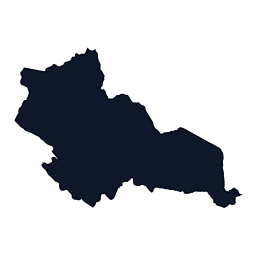 outline of Piraí do Sul, Paraná, Brazil
{"feature_id": "56859067B71584283665697", "entity_name": "Piraí do Sul", "entity_type": "district", "adm_level": 2, "iso_a3": "BRA", "parent_name": "Brazil", "parent_adm1": "Paraná", "projection": "orthographic", "projection_center": [-49.926, -24.444], "detail": "fine", "context": "isolated", "style": "filled", "palette": "ink", "viewbox_px": 256, "rotation_deg": 0, "n_neighbors": 0, "source": "geoboundaries", "source_scale": "gbopen_adm2", "svg_char_len": 4933}
<svg xmlns="http://www.w3.org/2000/svg" viewBox="0 0 256 256"><path d="M24.2,68.3L23.8,69.4L23.1,70.5L21.6,72.1L21.0,73.1L21.3,74.8L22.4,76.6L22.6,77.7L21.8,79.1L20.9,81.3L21.1,83.0L21.6,84.1L23.6,84.9L25.5,85.9L26.9,86.2L28.0,87.5L28.8,89.8L29.5,92.4L29.1,94.9L28.7,96.3L27.9,97.7L27.3,98.7L27.2,100.5L25.1,100.8L24.1,101.4L23.1,103.3L22.5,105.0L22.1,106.2L21.5,107.1L19.7,108.7L19.3,109.8L19.1,111.4L19.3,113.0L18.4,114.3L17.3,116.1L16.5,118.2L15.6,119.5L15.4,120.9L16.7,121.4L17.3,122.7L18.6,123.7L20.4,125.8L21.4,126.7L22.8,127.6L24.1,128.3L25.2,129.6L26.0,130.4L27.3,130.6L28.4,131.2L29.5,131.7L31.4,132.3L32.5,132.7L34.1,133.7L35.9,134.6L37.5,135.5L39.3,136.1L40.5,137.5L41.7,139.0L43.2,139.6L44.6,141.2L46.3,142.6L47.5,143.6L49.6,144.6L52.2,145.4L53.6,146.5L54.1,147.9L54.0,149.5L52.6,151.4L54.9,154.2L56.5,156.1L59.2,159.4L57.7,160.1L56.7,159.7L55.0,158.0L54.0,157.5L52.9,157.8L52.1,158.7L52.8,160.5L53.3,162.1L51.6,162.8L48.2,164.9L46.4,164.2L44.4,163.2L43.4,163.2L43.8,164.2L42.2,164.8L42.7,166.3L44.2,168.0L45.4,169.0L46.5,170.1L47.0,171.1L47.8,172.3L48.5,173.9L50.0,175.4L50.8,176.0L51.9,176.9L53.4,178.4L54.7,179.8L55.8,181.1L57.3,181.6L58.7,181.9L59.7,183.3L59.9,184.7L59.8,186.3L60.1,187.6L60.4,188.8L61.5,189.9L63.0,190.1L64.5,189.6L65.8,189.2L67.4,189.2L68.2,190.0L69.5,191.6L70.6,192.8L71.5,193.5L72.3,194.7L72.5,197.2L74.1,198.8L75.3,199.0L76.4,199.0L78.3,199.6L79.8,199.3L81.1,197.9L82.3,198.6L83.2,199.9L84.0,200.7L92.8,206.7L94.1,205.3L94.9,204.1L95.4,202.6L96.2,201.5L97.3,201.4L98.7,200.9L99.9,199.7L100.1,198.3L100.2,196.1L100.7,194.4L101.5,193.4L102.9,193.4L104.7,193.1L105.9,194.0L106.9,195.8L108.2,196.9L109.5,198.2L111.1,199.3L113.5,197.7L115.2,193.8L115.9,192.0L117.2,188.6L117.9,187.7L119.3,186.8L119.8,185.6L121.7,185.3L121.6,182.9L122.5,182.2L123.8,181.4L125.3,181.0L126.7,181.3L127.7,180.9L129.2,179.6L130.4,178.5L131.4,177.2L132.9,177.3L133.6,178.8L133.8,182.4L134.1,183.5L135.0,184.6L136.5,185.1L138.0,185.1L139.3,185.4L140.3,184.8L141.4,184.2L142.6,184.1L144.3,184.8L146.3,185.6L147.8,187.3L148.5,188.6L149.4,189.5L150.3,190.6L151.7,191.8L152.7,190.9L153.0,189.2L154.3,187.3L156.0,186.9L157.6,186.9L159.4,187.5L160.9,187.6L161.9,187.4L163.1,187.8L165.1,188.4L166.9,188.5L169.0,188.8L170.3,189.3L172.0,189.1L173.5,189.3L175.0,190.0L176.3,190.0L177.4,190.4L178.6,190.6L180.2,191.3L182.3,190.4L183.9,191.2L184.7,192.9L186.6,193.2L187.9,193.0L189.5,192.8L191.2,192.0L192.5,192.1L193.9,191.2L195.7,190.7L197.5,190.9L199.6,191.0L201.6,191.0L203.2,190.7L204.2,191.3L205.6,190.6L206.8,191.1L208.2,191.6L208.8,193.6L209.9,194.4L211.3,196.6L212.6,197.8L213.5,199.0L214.1,200.7L214.0,202.1L215.7,202.7L217.1,204.8L220.5,205.7L221.5,206.0L222.7,206.5L224.2,207.2L225.9,206.2L227.3,205.5L228.2,204.1L229.7,203.4L232.2,204.3L233.9,204.0L235.1,202.5L234.7,200.3L235.3,196.8L237.1,195.8L239.3,195.4L240.6,194.6L239.1,194.3L238.0,192.4L237.7,191.0L236.6,190.2L235.2,189.2L234.0,188.4L232.9,189.1L231.7,190.2L230.7,190.6L229.6,190.8L228.9,192.4L227.2,192.0L225.3,191.1L224.4,189.8L224.1,188.8L223.3,187.5L223.9,185.8L223.8,183.6L223.9,181.7L223.6,180.3L223.6,178.2L223.2,177.2L223.1,175.6L223.2,173.1L222.6,170.6L222.5,169.5L221.8,167.9L222.2,166.2L222.6,164.9L222.1,163.8L222.3,162.4L222.2,160.5L222.7,159.3L222.9,158.0L222.8,156.7L222.6,154.9L222.0,152.5L221.0,150.9L220.3,149.5L219.3,148.6L218.2,147.9L213.8,145.5L209.9,143.5L187.0,130.8L182.9,128.6L180.3,127.9L179.2,128.7L178.2,129.2L178.0,130.6L176.2,130.9L174.8,130.9L173.2,132.5L172.0,131.5L170.5,132.0L169.4,133.1L168.3,132.7L166.9,133.0L165.5,133.0L164.1,133.3L163.1,134.0L162.0,134.5L160.5,134.5L159.4,133.4L158.5,131.9L157.4,130.8L156.2,129.9L155.2,129.1L154.4,128.2L153.6,126.5L153.0,125.3L152.6,124.2L152.5,122.7L145.9,111.8L145.3,110.9L144.9,109.8L144.9,108.2L144.3,106.8L142.8,106.0L141.4,105.8L140.3,104.8L138.4,103.1L136.9,103.3L135.2,103.2L133.6,103.3L131.9,102.3L130.8,100.8L129.9,99.8L129.5,98.7L128.8,97.5L127.5,95.8L126.3,95.6L125.0,95.5L124.0,94.8L122.7,94.5L121.2,94.5L120.0,95.4L118.7,95.9L117.2,95.7L116.1,96.7L115.1,97.7L113.9,98.4L112.6,99.2L111.1,99.3L109.5,99.2L108.0,99.2L107.5,98.2L107.0,96.7L106.1,95.1L105.2,93.7L104.9,91.6L103.6,90.0L102.2,90.4L101.1,90.1L100.1,88.6L100.5,86.9L102.0,85.2L102.0,83.7L102.4,82.2L102.9,80.6L103.7,79.2L102.9,77.8L103.7,77.1L103.8,75.9L102.7,74.2L101.6,71.8L99.8,69.5L99.6,68.4L99.8,66.8L99.9,64.4L99.0,62.6L97.9,60.7L97.8,59.4L97.1,57.5L97.3,56.3L97.3,54.8L96.6,52.8L95.0,51.4L94.9,50.2L94.0,50.9L92.0,51.4L90.7,51.0L89.4,50.6L88.6,49.7L87.6,48.8L86.5,51.4L86.2,52.6L85.3,53.9L83.6,54.8L82.4,54.4L81.3,54.4L80.1,55.3L78.7,55.2L77.6,54.7L76.8,53.9L75.8,54.5L75.5,56.9L74.2,57.9L73.1,57.3L72.2,58.1L70.9,61.0L68.7,61.8L67.2,62.2L65.9,62.5L64.7,63.6L63.8,65.1L62.4,65.9L61.3,66.1L60.2,67.0L58.7,67.1L57.0,66.7L56.0,65.5L54.7,65.0L53.6,64.8L52.6,66.1L51.4,66.8L50.3,67.3L46.7,68.7L46.1,69.7L45.9,71.7L43.9,72.0L30.8,69.5L25.2,68.4L24.2,68.3Z" fill="#0f172a" stroke="#020617" stroke-width="1.5"/></svg>